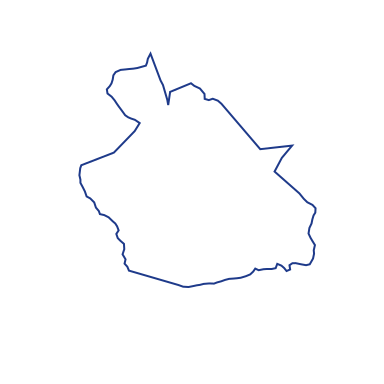 the district of Marechal Deodoro, Alagoas, Brazil, rotated 41°
{"feature_id": "56859067B1400711858977", "entity_name": "Marechal Deodoro", "entity_type": "district", "adm_level": 2, "iso_a3": "BRA", "parent_name": "Brazil", "parent_adm1": "Alagoas", "projection": "albers", "projection_center": [-35.91, -9.719], "detail": "fine", "context": "isolated", "style": "outline", "palette": "blue", "viewbox_px": 384, "rotation_deg": 41, "n_neighbors": 0, "source": "geoboundaries", "source_scale": "gbopen_adm2", "svg_char_len": 1682}
<svg xmlns="http://www.w3.org/2000/svg" viewBox="0 0 384 384"><g transform="rotate(41 192 192)"><path d="M247.4,269.3L251.7,266.0L254.8,262.0L256.8,259.3L258.9,256.9L261.1,253.7L265.1,249.6L268.7,246.7L270.3,243.7L272.6,240.3L274.6,236.7L277.0,233.2L280.3,229.9L282.5,227.6L285.0,224.8L287.9,220.2L290.0,216.0L290.4,211.9L290.0,208.3L293.6,207.3L296.6,203.4L299.0,201.0L302.6,197.9L305.1,194.6L303.5,190.3L307.8,188.9L311.4,188.9L315.2,189.6L316.9,186.1L313.6,183.3L314.5,179.9L316.9,177.7L321.4,175.2L326.1,172.4L328.3,169.3L327.0,162.8L324.6,158.5L322.1,156.1L319.6,151.4L315.1,150.0L311.5,148.8L307.2,146.9L304.2,142.1L302.9,137.4L300.8,133.7L299.1,129.9L298.6,126.7L295.9,123.2L291.4,122.7L285.7,124.1L280.8,123.8L274.0,122.6L240.9,122.4L237.4,107.3L237.1,91.3L215.4,114.9L156.3,106.1L151.6,106.1L146.5,108.0L144.4,111.6L140.5,113.4L137.1,109.8L130.1,108.7L124.1,110.4L119.9,110.6L109.8,130.8L117.0,142.0L112.8,138.6L99.9,130.3L95.2,128.5L69.9,114.8L71.3,120.5L73.2,123.8L74.3,126.9L69.4,134.3L66.8,137.4L63.7,140.6L61.4,143.1L58.0,146.7L55.7,151.6L56.1,155.5L58.4,159.2L60.0,162.9L60.5,166.1L60.4,170.4L63.6,173.1L68.8,172.8L73.5,173.6L77.0,174.6L80.6,175.5L85.2,176.5L91.2,177.9L94.8,177.5L97.9,176.5L101.5,175.0L107.3,174.3L108.8,183.6L107.2,213.5L90.9,244.4L92.0,247.3L96.0,253.2L99.7,255.9L101.8,258.3L106.3,260.0L110.7,261.8L115.4,264.5L119.4,263.6L125.0,264.0L129.7,266.8L134.2,267.5L137.0,269.1L140.9,267.0L145.7,265.8L151.3,266.1L154.8,266.1L158.1,267.1L161.8,269.1L162.4,273.3L166.2,275.5L169.9,275.8L174.7,275.8L178.4,279.6L180.5,284.6L186.0,286.4L188.1,290.3L192.2,290.8L196.0,292.7L242.8,271.1L247.4,269.3Z" fill="none" stroke="#1e3a8a" stroke-width="2"/></g></svg>